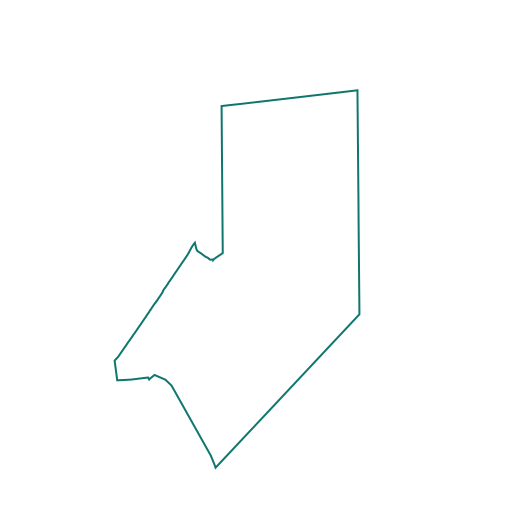 Enkhuizen, Noord-Holland, Netherlands, rotated 37°
{"feature_id": "6326949B87698355372902", "entity_name": "Enkhuizen", "entity_type": "district", "adm_level": 2, "iso_a3": "NLD", "parent_name": "Netherlands", "parent_adm1": "Noord-Holland", "projection": "orthographic", "projection_center": [5.262, 52.758], "detail": "fine", "context": "isolated", "style": "outline", "palette": "teal", "viewbox_px": 512, "rotation_deg": 37, "n_neighbors": 0, "source": "geoboundaries", "source_scale": "gbopen_adm2", "svg_char_len": 4675}
<svg xmlns="http://www.w3.org/2000/svg" viewBox="0 0 512 512"><g transform="rotate(37 256 256)"><path d="M373.7,240.4L372.3,238.5L317.7,167.4L306.4,152.6L237.3,62.6L229.7,69.9L150.2,145.7L142.5,152.9L138.3,157.0L227.7,273.7L224.9,281.8L224.3,283.7L224.3,284.3L224.3,285.0L224.2,284.9L223.9,284.8L223.7,284.9L223.5,285.0L223.4,285.0L223.2,285.2L223.0,285.3L222.8,285.5L222.6,285.7L222.5,285.8L222.4,285.9L222.2,286.1L221.9,286.3L221.7,286.4L221.6,286.5L221.3,286.6L221.1,286.6L220.9,286.6L220.6,286.6L220.3,286.6L220.2,286.5L219.9,286.5L219.7,286.5L219.4,286.4L219.2,286.4L218.9,286.4L218.7,286.5L218.4,286.5L218.2,286.5L217.8,286.6L217.5,286.7L217.2,286.7L216.8,286.8L216.7,286.8L216.4,286.9L216.2,286.9L215.8,286.9L215.6,287.0L215.4,287.0L215.1,287.0L214.8,287.0L214.2,287.0L213.8,287.0L213.5,287.0L213.3,287.0L213.1,287.0L212.7,287.0L212.2,287.0L211.9,287.0L211.5,287.0L211.3,287.0L210.8,287.0L210.5,287.0L210.1,287.0L209.8,287.1L209.4,287.1L209.1,287.1L208.7,287.1L208.4,287.2L208.0,287.2L207.5,287.2L207.2,287.2L206.9,287.3L206.7,287.3L206.4,287.3L206.2,287.2L205.9,287.2L205.7,287.1L205.3,286.9L205.0,286.8L204.8,286.6L204.6,286.5L204.4,286.4L204.2,286.3L203.9,286.1L203.7,285.9L203.4,285.7L203.0,285.4L202.8,285.2L202.4,284.8L202.2,284.7L201.8,284.3L201.7,284.2L201.4,284.0L201.3,283.9L201.0,283.7L200.8,283.5L200.6,283.4L200.4,283.2L200.2,283.1L199.9,282.8L199.8,282.7L199.6,282.6L199.4,282.4L199.2,282.2L199.1,283.8L199.2,284.5L199.2,285.1L199.2,285.3L199.2,285.8L199.3,287.1L199.3,287.4L199.4,287.8L199.4,288.2L199.5,288.8L199.6,289.1L199.7,289.7L199.7,290.2L199.8,290.7L199.9,291.3L200.0,291.9L200.1,292.5L200.2,292.9L200.2,293.1L200.3,293.5L200.3,294.1L200.4,294.7L200.5,295.5L200.6,296.1L200.6,296.7L200.7,297.3L200.7,298.3L200.8,298.8L200.8,299.3L200.8,299.9L200.8,300.5L200.9,300.9L200.9,301.7L200.9,302.3L201.0,303.2L201.0,303.9L201.0,304.5L201.0,305.0L201.1,305.5L201.1,306.2L201.1,307.0L201.2,308.1L201.2,308.9L201.3,309.5L201.3,310.2L201.3,310.9L201.4,312.1L201.4,312.7L201.4,313.4L201.5,314.1L201.5,314.9L201.6,315.8L201.6,316.5L201.6,317.7L201.6,318.1L201.7,318.4L201.7,319.0L201.7,319.4L201.7,320.0L201.8,320.7L201.8,321.2L201.9,321.7L201.9,322.1L201.9,322.5L201.9,323.0L202.0,323.6L202.0,324.1L202.0,324.4L202.0,324.7L202.0,324.9L202.1,327.0L202.2,327.4L202.1,328.8L202.2,330.5L202.4,331.2L202.4,331.9L202.4,332.8L202.5,334.4L202.6,335.5L202.5,336.8L202.5,337.2L202.7,339.6L202.7,339.8L202.8,340.1L203.1,340.6L203.2,341.0L203.3,342.6L203.4,344.2L203.5,345.4L203.5,345.5L203.5,345.8L203.5,346.0L203.5,346.3L203.5,346.5L203.5,346.9L203.5,347.1L203.6,347.3L203.6,347.6L203.6,347.8L203.6,348.0L203.6,348.4L203.6,348.6L203.6,348.8L203.6,349.1L203.6,349.4L203.6,349.5L203.6,349.8L203.7,350.1L203.7,350.3L203.8,350.5L203.8,350.8L203.9,351.0L203.8,351.3L203.8,351.5L203.7,351.6L203.7,351.8L203.7,352.0L203.7,352.3L203.8,352.6L203.8,352.8L203.8,353.1L203.9,353.3L203.9,353.5L203.9,353.8L203.8,354.0L203.8,354.4L203.7,354.5L203.7,354.8L203.7,355.0L203.7,355.3L203.8,355.5L203.8,355.9L203.8,356.1L203.8,356.4L203.8,356.6L203.8,356.8L203.8,357.0L203.8,357.4L203.8,357.6L203.9,357.9L203.9,358.1L203.9,358.9L203.9,359.1L204.0,359.7L204.0,360.2L204.0,360.4L204.0,360.6L204.1,361.0L204.1,361.3L204.1,361.5L204.1,361.8L204.1,362.1L204.2,362.3L204.1,362.5L204.1,362.8L204.1,363.0L204.1,363.3L204.1,363.5L204.2,364.0L204.2,364.4L204.3,364.6L204.3,364.8L204.3,365.0L204.4,365.5L204.4,365.8L204.4,366.0L204.3,366.4L204.4,366.6L204.4,366.9L204.4,367.1L204.4,367.5L204.4,367.9L204.4,368.2L204.4,368.4L204.5,368.6L204.5,368.8L204.5,369.0L204.5,369.3L204.5,369.5L204.5,369.9L204.5,370.1L204.6,370.3L204.6,370.5L204.6,370.8L204.6,371.1L204.7,371.4L204.7,371.6L204.7,371.8L204.7,372.0L204.7,372.3L204.7,372.5L204.7,373.3L205.1,381.4L205.1,382.2L205.5,390.9L205.5,391.2L205.5,391.4L205.5,391.7L205.5,391.9L205.5,392.2L205.5,392.4L205.5,392.7L205.5,392.9L205.5,393.0L205.5,393.3L205.6,393.6L205.6,393.9L205.6,394.1L205.6,394.3L205.6,394.6L205.6,394.8L205.6,395.0L205.7,395.4L205.7,395.6L205.7,395.9L205.7,396.1L205.7,396.3L205.7,397.0L205.7,397.5L205.7,397.9L205.7,398.0L205.7,398.3L205.8,398.6L205.8,398.9L205.8,399.1L205.8,399.3L205.8,399.5L205.8,399.9L205.8,400.0L205.8,400.5L205.8,400.8L205.8,402.0L205.8,402.4L205.9,403.2L206.0,405.3L206.1,408.1L206.1,408.3L206.4,415.0L206.4,415.3L206.6,419.7L206.5,420.1L206.4,420.9L206.4,421.2L206.3,422.2L206.3,422.5L206.2,422.6L206.2,422.8L206.1,424.7L220.0,438.8L230.5,430.0L242.9,418.0L244.9,418.9L244.9,418.7L245.0,418.5L245.2,417.4L245.4,416.6L246.0,414.4L246.3,413.0L246.5,412.1L258.1,409.3L266.5,410.3L340.0,442.6L347.6,447.1L351.1,449.4L351.4,446.7L362.7,342.3L373.7,240.4Z" fill="none" stroke="#0f766e" stroke-width="2"/></g></svg>